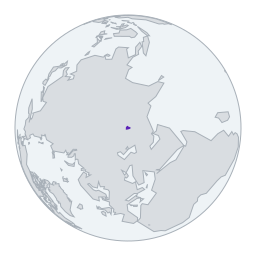 the Earth from above Jawzjan, rotated 242°
{"feature_id": "AFG-1746", "entity_name": "Jawzjan", "entity_type": "Province", "adm_level": 1, "iso_a3": "AFG", "parent_name": "Afghanistan", "parent_adm1": "", "projection": "orthographic", "projection_center": [65.748, 36.744], "detail": "coarse", "context": "on_globe", "style": "filled", "palette": "violet", "viewbox_px": 256, "rotation_deg": 242, "n_neighbors": 0, "source": "natural_earth", "source_scale": "10m", "svg_char_len": 10818}
<svg xmlns="http://www.w3.org/2000/svg" viewBox="0 0 256 256"><g transform="rotate(242 128 128)"><circle cx="128" cy="128" r="113" fill="#eef3f6" stroke="#a8b0b8"/><path d="M145.1,16.7L148.2,17.9L157.7,21.6L163.1,23.1L160.1,22.8L171.9,26.1L178.6,29.7L169.6,25.6L167.5,25.2L171.3,27.3L170.0,27.4L171.2,28.6L169.3,28.6L164.1,26.5L162.8,26.6L165.6,28.2L165.5,29.4L161.6,27.0L161.0,29.0L152.2,26.6L143.4,21.3L137.0,21.1L123.9,18.9L123.7,19.5L118.5,19.5L116.3,20.4L114.5,20.0L114.2,21.1L116.3,21.3L116.9,21.9L115.7,22.5L113.2,22.0L113.5,21.6L112.1,21.8L111.4,21.4L111.1,22.0L108.2,21.5L109.4,22.9L105.7,23.4L104.2,22.8L106.6,21.6L109.3,18.3L108.5,17.9L105.1,18.3L93.9,21.3L92.2,21.5L88.2,22.8L88.1,23.0L91.2,22.2L90.0,23.3L93.9,22.5L94.0,22.9L97.1,22.8L94.2,24.2L89.7,25.8L87.0,26.1L84.9,26.9L85.5,28.0L78.5,30.1L70.6,34.6L69.0,35.2L69.6,33.4L74.6,29.7L75.3,28.5L72.3,30.9L68.5,32.7L66.8,33.8L65.6,34.8L66.1,34.8L64.2,35.9L66.5,33.7L68.2,32.7L67.5,33.3L69.8,31.7L70.8,30.9L78.4,26.9L86.2,23.4L94.3,20.5L102.5,18.3L110.9,16.7L119.5,15.7L128.0,15.4L136.6,15.7L145.1,16.7ZM149.6,17.5L147.8,17.2L148.1,17.2L149.0,17.4L149.6,17.5ZM167.3,24.3L165.1,23.3L167.7,24.3L167.3,24.3ZM171.6,28.8L172.7,29.1L172.8,29.6L171.6,28.8ZM98.5,22.0L97.8,22.4L97.6,22.2L98.5,22.0ZM100.5,21.7L100.8,21.3L101.8,21.1L101.6,21.3L100.5,21.7ZM170.1,30.2L170.0,31.0L169.2,29.8L170.1,30.2ZM100.0,22.4L103.5,20.8L105.2,20.4L106.0,21.3L100.0,22.4ZM169.3,31.3L169.1,33.7L171.4,34.5L164.9,33.8L167.2,31.8L165.9,30.1L167.8,31.2L169.3,31.3ZM117.4,21.1L115.2,20.9L118.1,20.6L117.4,21.1ZM119.2,20.8L127.3,19.3L130.1,20.1L126.8,20.4L131.2,21.1L128.5,22.2L125.5,22.0L124.3,21.2L124.2,22.3L119.2,20.8ZM161.3,33.2L160.5,33.6L160.3,32.8L161.3,33.2ZM117.3,22.1L118.7,21.7L121.2,22.3L118.9,23.3L118.8,22.8L117.3,22.1ZM133.7,20.9L135.1,21.7L133.3,22.7L133.6,23.2L128.7,22.3L133.7,20.9ZM117.7,22.9L117.6,23.8L115.4,24.1L116.1,22.6L117.7,22.9ZM122.9,22.1L123.9,22.4L122.6,22.5L122.9,22.1ZM107.5,26.1L109.1,25.4L110.6,25.6L107.5,26.1ZM117.7,24.2L118.5,24.1L119.2,24.1L118.7,24.8L117.7,24.2ZM127.8,23.2L126.8,23.5L129.7,23.6L128.5,24.5L125.4,23.8L126.3,24.5L125.9,24.8L123.8,23.9L127.8,23.2ZM120.5,25.7L116.1,25.4L112.8,26.6L111.4,26.4L117.0,24.5L120.5,25.7ZM122.6,24.7L121.0,25.3L120.1,24.6L120.7,23.9L122.6,24.7ZM128.8,25.4L131.5,24.2L132.0,24.4L128.8,25.4ZM119.7,26.2L120.7,26.2L119.5,26.3L119.7,26.2ZM126.2,25.7L127.1,25.2L127.7,25.5L126.2,25.7ZM122.1,26.9L120.8,26.8L121.1,26.2L122.1,26.9ZM124.1,26.5L124.8,26.9L122.1,26.1L124.4,26.2L124.1,26.5ZM126.7,26.1L127.3,26.0L126.2,26.2L126.7,26.1ZM121.6,29.3L118.1,28.3L118.8,27.0L122.2,28.1L121.6,29.3ZM18.8,131.7L19.8,112.6L22.0,109.0L24.3,102.3L41.2,92.4L42.7,96.7L53.6,103.0L54.5,105.0L50.9,109.6L57.2,122.5L62.0,119.6L70.0,128.0L76.9,130.6L83.4,121.1L72.2,116.6L72.6,110.7L83.4,109.9L93.4,114.2L93.9,112.0L89.5,105.4L93.7,102.6L88.1,102.8L89.0,105.5L85.5,105.8L84.5,103.4L86.1,102.4L83.6,100.4L76.9,106.0L77.0,109.3L69.2,107.2L68.7,112.7L65.9,113.9L65.8,105.2L67.3,102.7L65.5,91.9L63.3,94.2L64.8,104.7L63.4,103.2L60.3,106.8L61.6,102.8L60.6,91.2L54.9,89.0L44.3,94.4L41.7,92.7L41.1,88.1L48.4,79.0L53.4,84.1L56.0,81.4L58.0,75.2L59.3,77.4L60.7,75.6L62.9,77.4L68.8,75.4L71.4,76.9L76.6,72.0L78.6,72.2L75.0,74.9L73.9,77.8L80.8,81.8L82.9,81.3L85.7,78.0L87.3,79.7L89.1,76.0L94.4,76.8L89.4,72.8L92.6,69.2L97.3,67.7L97.4,66.0L89.7,68.4L87.5,70.2L86.9,72.7L80.0,77.3L77.0,76.9L80.9,69.7L77.1,68.5L81.8,63.8L99.8,59.3L105.8,59.8L110.0,68.1L106.9,69.9L104.0,67.7L104.1,73.0L105.4,71.0L106.6,72.5L110.0,69.9L111.0,70.9L112.4,66.8L114.1,67.7L113.2,70.3L119.5,67.6L123.8,69.0L124.7,67.9L124.5,66.4L130.0,69.4L130.5,68.5L128.8,67.1L128.6,64.5L130.4,61.3L132.2,62.5L131.8,63.8L133.7,68.6L132.4,72.3L133.3,72.5L134.9,69.6L132.6,63.7L133.2,61.4L134.7,64.0L134.2,62.9L135.0,62.1L137.6,62.6L136.1,59.7L143.0,51.0L148.6,51.4L149.2,54.5L155.9,50.6L161.7,51.9L160.2,50.6L162.4,48.3L160.6,47.8L160.0,47.0L164.9,41.5L167.4,41.3L167.7,38.1L167.0,37.5L165.1,37.3L164.9,33.8L171.4,34.5L172.9,35.8L176.0,35.6L178.9,38.7L182.7,41.4L184.0,45.4L186.9,47.4L187.8,47.1L192.4,49.9L198.9,57.1L189.7,52.4L179.3,43.2L183.2,46.9L181.2,46.5L181.9,48.2L184.7,50.9L185.8,50.9L184.3,58.7L188.9,68.0L191.4,65.6L194.8,66.9L202.2,76.8L204.3,94.8L208.9,97.9L210.4,100.9L209.1,104.2L206.9,99.8L203.9,99.6L202.9,96.8L200.1,101.2L198.4,97.4L197.1,102.9L199.6,105.2L202.7,102.5L202.2,109.3L207.6,112.5L210.2,118.6L207.7,132.9L202.2,139.4L202.3,141.5L199.1,140.6L196.3,146.0L203.5,154.5L203.9,157.7L198.7,166.0L198.3,163.8L189.8,161.2L189.3,169.0L195.8,172.7L198.1,178.7L193.6,178.4L191.1,173.1L188.1,172.0L188.2,165.5L184.2,156.7L179.6,160.0L179.2,156.0L173.0,149.1L165.9,153.4L155.3,166.0L155.0,176.1L150.8,180.8L142.7,167.3L140.6,157.4L136.7,158.6L129.1,150.1L113.3,148.9L111.9,146.0L108.7,147.0L103.5,143.6L101.8,138.8L98.2,138.5L103.2,151.0L107.1,151.3L111.5,147.4L112.1,151.6L117.2,155.7L108.4,164.6L86.4,169.1L85.7,161.3L76.6,136.5L77.7,134.2L77.8,133.9L77.7,133.4L75.4,136.8L74.3,131.9L77.6,148.9L77.4,155.4L86.0,169.5L84.9,170.4L88.1,173.5L100.2,173.0L99.9,175.4L93.3,185.3L77.8,195.4L80.8,204.7L81.1,211.4L73.5,212.9L76.1,218.0L72.5,218.0L73.6,220.4L71.8,221.5L68.0,221.2L59.4,216.4L57.3,214.1L50.6,207.2L40.6,191.7L41.1,187.3L39.6,182.0L33.6,166.5L34.8,160.8L33.6,156.8L30.9,155.0L29.7,150.2L28.2,148.5L20.2,140.0L18.8,131.7ZM33.0,100.3L31.9,102.1L33.0,100.3ZM102.6,124.1L109.6,126.0L109.1,118.6L111.8,118.8L110.6,116.3L109.0,118.1L106.6,111.5L110.6,110.2L111.1,107.1L108.7,106.4L101.8,110.0L105.2,119.3L102.5,121.7L102.6,124.1ZM68.4,32.8L68.2,33.1L66.6,34.2L66.8,33.9L68.4,32.8ZM63.1,38.4L60.3,40.1L62.4,38.5L62.1,38.3L66.3,35.0L68.5,35.3L66.7,35.7L63.1,38.4ZM72.4,31.1L69.5,32.9L72.6,30.9L72.4,31.1ZM66.3,65.0L66.1,66.9L63.8,68.4L60.5,67.3L63.7,65.1L66.3,65.0ZM66.3,69.4L71.1,63.0L73.4,63.6L71.3,64.3L72.3,65.4L69.2,66.8L66.7,74.0L64.5,75.8L59.6,72.4L62.4,72.4L62.4,70.4L66.3,69.4ZM79.4,47.9L81.5,45.8L83.7,49.8L81.4,51.3L78.0,50.2L78.6,47.7L79.4,47.9ZM100.8,24.6L101.5,24.0L102.1,24.0L102.1,24.6L100.8,24.6ZM108.2,25.7L98.6,27.4L98.9,26.7L92.9,28.8L91.4,28.0L95.3,26.6L89.6,27.7L92.5,26.1L88.6,27.2L97.4,24.1L99.8,23.0L97.7,24.5L99.1,25.3L100.4,25.3L105.9,24.4L111.7,22.6L114.0,23.3L114.1,24.3L113.0,24.8L111.9,24.1L111.3,25.3L108.9,24.8L108.2,25.7ZM113.8,39.0L112.8,37.4L111.3,40.9L108.8,39.9L108.8,40.4L106.1,40.5L102.8,41.6L102.0,40.9L101.0,41.6L99.2,41.8L97.6,42.7L95.6,41.8L93.6,42.8L93.8,41.8L90.7,43.8L92.1,42.0L89.9,42.2L89.7,43.9L82.9,38.4L79.0,38.0L74.9,38.7L77.9,35.8L83.6,33.4L90.1,31.8L93.4,32.9L94.2,31.5L96.0,31.6L94.7,32.7L97.8,31.2L98.9,31.7L104.7,31.1L108.6,29.1L110.8,28.9L109.9,30.0L112.7,29.2L112.5,31.1L114.0,31.1L115.4,33.1L112.7,35.3L114.6,35.2L115.8,36.9L113.8,39.0ZM121.9,29.9L119.2,32.4L116.5,33.2L115.3,29.4L113.9,29.1L113.1,27.0L117.0,25.9L116.9,26.6L117.7,27.0L116.1,27.2L117.9,27.4L117.9,28.4L119.2,28.9L118.0,29.6L121.9,29.9ZM57.1,104.0L58.1,105.1L60.0,106.0L58.1,108.5L57.1,104.0ZM56.2,96.1L57.3,96.5L55.5,100.1L54.5,99.2L56.2,96.1ZM59.4,93.7L57.5,96.2L57.9,94.3L59.4,93.7ZM76.2,75.2L77.6,75.5L77.2,76.4L75.7,77.3L76.2,75.2ZM108.7,50.3L108.6,49.0L109.4,48.8L111.4,46.1L113.4,46.8L113.0,48.7L108.7,50.3ZM80.6,122.2L77.8,123.4L77.1,122.1L78.3,121.9L80.6,122.2ZM66.7,116.0L69.2,118.8L66.2,116.6L66.7,116.0ZM111.2,50.6L111.8,49.3L112.4,50.5L111.2,50.6ZM114.9,47.2L115.9,48.2L113.8,46.6L114.9,47.2ZM132.1,240.2L133.8,240.3L131.8,240.4L132.1,240.2ZM99.4,214.4L95.3,224.0L90.2,222.9L88.1,219.6L88.7,213.5L94.2,212.7L96.6,210.0L99.4,214.4ZM217.0,182.8L218.9,181.7L218.8,182.1L217.0,182.8ZM215.0,182.9L217.4,181.4L214.4,184.1L215.0,182.9ZM218.3,180.8L220.6,178.3L221.7,176.9L221.4,177.8L218.3,180.8ZM213.3,184.0L203.4,189.4L199.3,190.3L200.5,188.4L207.2,185.5L213.3,184.0ZM200.1,188.5L193.6,187.1L183.3,177.7L187.0,176.8L197.5,180.9L196.9,182.4L200.8,184.1L200.1,188.5ZM215.3,172.9L214.6,177.2L209.3,179.9L206.8,180.6L205.1,176.5L206.1,173.4L208.2,172.4L215.4,158.9L218.1,159.5L216.1,164.7L218.2,166.9L215.3,172.9ZM155.6,176.9L158.6,182.2L156.2,183.5L155.6,176.9ZM217.5,150.5L215.1,156.4L217.1,149.3L217.5,150.5ZM218.2,144.2L218.7,146.2L217.3,145.0L218.2,144.2ZM202.9,144.6L200.7,146.2L200.3,144.7L202.9,141.7L202.9,144.6ZM212.2,123.7L213.5,128.3L213.6,130.1L211.9,127.9L212.2,123.7ZM129.1,56.4L124.1,59.2L121.9,62.1L122.7,64.8L119.4,62.3L122.9,57.9L129.1,56.4ZM141.1,51.5L140.3,49.3L142.1,49.6L142.5,50.2L141.1,51.5ZM139.6,50.6L136.1,49.2L136.6,47.6L139.3,49.0L139.6,50.6ZM123.5,49.5L121.9,50.2L121.4,49.2L123.5,49.5ZM210.9,204.3L200.9,213.6L198.6,215.1L201.1,212.7L202.7,208.5L203.6,208.0L205.3,204.2L215.0,194.7L222.5,182.9L225.7,180.0L229.4,171.7L232.1,168.3L230.1,173.9L231.4,172.6L235.8,159.9L234.8,163.8L232.0,171.2L228.7,178.4L225.0,185.3L220.7,192.0L216.0,198.3L210.9,204.3ZM221.7,179.5L224.7,174.4L226.0,172.9L221.7,179.5ZM237.9,152.8L237.6,152.7L236.2,157.7L233.9,162.0L234.8,159.1L234.8,157.0L231.6,160.5L231.0,159.6L232.3,156.8L229.9,158.2L232.6,154.2L233.5,156.6L234.9,151.8L236.8,149.2L238.3,147.1L238.9,147.0L238.6,148.8L238.5,149.7L237.9,152.8ZM232.1,162.4L232.5,161.8L232.0,163.4L232.1,162.4ZM239.1,145.7L240.0,139.5L240.1,138.8L239.4,144.4L239.1,145.7ZM240.1,138.8L240.1,138.3L240.2,137.2L240.2,137.8L240.1,138.8ZM226.6,165.3L226.4,166.4L225.6,166.4L226.6,165.3ZM227.7,163.7L229.9,162.4L227.4,164.8L227.7,163.7ZM219.6,166.8L220.5,168.7L223.1,165.1L221.1,168.9L222.6,171.5L221.9,173.5L220.4,170.5L219.5,175.5L218.3,176.3L217.9,172.9L219.2,167.3L220.4,164.4L225.0,160.0L219.6,166.8ZM227.8,160.7L227.1,158.4L227.6,156.0L228.3,156.9L227.8,160.7ZM224.7,153.1L222.5,151.2L220.8,153.9L223.8,146.2L225.5,149.3L224.7,153.1ZM222.2,146.8L220.7,149.3L222.0,145.1L222.2,146.8ZM220.1,148.5L219.5,146.1L220.9,145.5L220.1,148.5ZM223.1,146.2L222.7,141.8L223.8,143.7L223.1,146.2ZM217.9,141.1L221.6,142.9L217.5,144.0L215.5,136.0L217.1,134.7L217.9,141.1ZM215.4,101.1L214.0,99.1L215.0,97.4L215.7,99.3L215.4,101.1ZM216.8,90.8L214.8,96.3L212.9,101.1L214.3,101.4L215.4,105.9L212.4,103.4L212.4,97.2L214.1,94.4L212.7,90.8L212.9,87.0L210.3,83.3L209.9,80.9L212.8,83.5L216.8,90.8ZM209.1,81.8L204.6,74.8L207.2,73.6L208.7,74.8L209.7,78.5L208.3,78.9L209.1,81.8ZM204.3,72.8L202.9,73.2L193.3,65.4L191.9,63.5L200.6,68.4L199.7,69.1L201.6,71.4L204.3,72.8ZM161.6,34.1L160.6,33.6L161.7,33.7L161.6,34.1ZM159.0,46.8L158.4,45.7L159.8,45.7L159.0,46.8ZM157.6,42.9L156.4,43.6L156.9,42.3L157.6,42.9ZM154.0,45.6L155.6,43.7L155.1,46.2L154.0,45.6Z" fill="#d9dde1" stroke="#a8b0b8" stroke-width="1"/><path d="M128.0,126.4L128.2,126.5L128.8,126.8L129.0,127.0L129.2,127.3L129.1,127.5L129.3,127.9L129.1,128.0L129.2,128.3L128.8,128.4L128.5,128.4L128.3,128.5L128.2,128.6L127.9,128.8L127.6,128.8L127.6,129.3L127.6,129.5L127.9,129.5L127.7,129.6L127.2,129.6L127.1,129.4L127.2,129.2L127.2,128.8L127.6,128.7L127.5,128.3L127.4,128.2L127.5,128.0L127.4,127.7L127.6,127.0L127.8,126.8L127.8,126.7L128.0,126.5L128.0,126.4Z" fill="#8b5cf6" stroke="#5b21b6" stroke-width="1.5"/></g></svg>